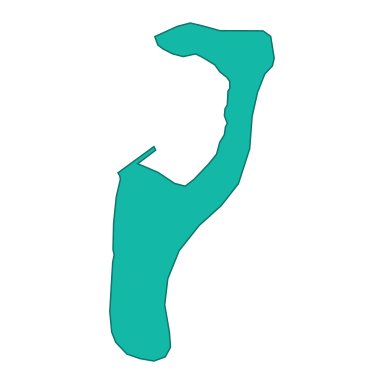 the district of Pingelap, Federated States of Micronesia
{"feature_id": "79324940B997919972842", "entity_name": "Pingelap", "entity_type": "district", "adm_level": 2, "iso_a3": "FSM", "parent_name": "Federated States of Micronesia", "parent_adm1": "", "projection": "natural_earth1", "projection_center": [160.709, 6.209], "detail": "fine", "context": "isolated", "style": "filled", "palette": "teal", "viewbox_px": 384, "rotation_deg": 0, "n_neighbors": 0, "source": "geoboundaries", "source_scale": "gbopen_adm2", "svg_char_len": 899}
<svg xmlns="http://www.w3.org/2000/svg" viewBox="0 0 384 384"><path d="M154.8,36.6L157.8,44.9L163.1,49.0L172.5,53.8L183.2,56.6L195.6,53.9L202.7,57.4L215.0,65.0L219.8,71.8L226.8,77.3L229.8,81.5L229.8,88.3L228.0,91.1L227.3,104.8L225.0,108.9L224.4,115.7L227.3,123.3L225.5,126.7L224.3,134.9L219.8,142.2L216.6,154.1L208.9,163.7L194.0,179.4L185.2,186.2L174.5,183.4L158.0,172.4L137.7,163.7L155.7,150.1L153.9,146.6L118.0,172.8L119.8,176.0L120.4,179.3L116.3,196.7L113.6,223.2L113.0,249.6L114.2,255.0L112.7,262.1L109.8,311.5L111.7,332.0L115.8,342.4L127.0,354.1L140.1,358.6L153.9,361.0L165.2,356.9L170.5,347.3L169.4,332.2L164.7,304.8L167.8,278.7L179.1,250.7L199.2,225.4L221.2,205.6L238.4,183.7L249.7,148.7L252.1,116.5L257.5,92.5L264.7,74.1L272.4,65.9L274.2,58.3L270.7,36.4L263.0,30.9L254.7,30.8L219.9,30.7L203.7,26.2L190.3,23.0L177.3,26.4L154.8,36.6Z" fill="#14b8a6" stroke="#0f766e" stroke-width="1.5"/></svg>